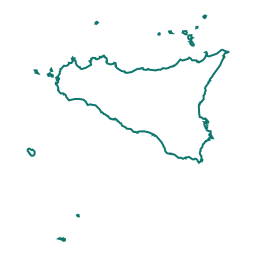 the district of Sicilia, Enna, Italy
{"feature_id": "23120603B91569774900330", "entity_name": "Sicilia", "entity_type": "district", "adm_level": 2, "iso_a3": "ITA", "parent_name": "Italy", "parent_adm1": "Enna", "projection": "albers", "projection_center": [13.963, 37.152], "detail": "fine", "context": "isolated", "style": "outline", "palette": "teal", "viewbox_px": 256, "rotation_deg": 0, "n_neighbors": 0, "source": "geoboundaries", "source_scale": "gbopen_adm2", "svg_char_len": 5639}
<svg xmlns="http://www.w3.org/2000/svg" viewBox="0 0 256 256"><path d="M208.3,121.8L205.5,118.5L205.0,118.6L204.9,119.2L204.4,119.0L204.5,119.4L204.3,118.8L203.1,118.8L201.6,117.4L199.8,117.1L199.2,114.0L198.8,106.0L199.4,105.1L199.1,104.5L199.5,104.5L199.5,105.4L199.6,105.6L199.6,104.6L199.5,104.3L200.5,102.9L200.2,102.4L201.9,101.6L202.2,100.7L203.7,99.3L203.5,95.5L204.8,94.0L204.8,92.5L205.8,90.3L205.0,88.4L205.5,87.0L208.8,82.5L208.4,82.1L208.6,81.6L210.3,80.5L209.8,79.8L210.3,78.7L212.4,76.5L212.6,75.6L220.2,65.2L222.2,60.4L224.4,57.0L223.7,56.7L223.9,57.1L223.5,57.3L224.2,54.3L224.8,53.4L228.4,52.1L228.3,51.8L226.1,51.5L222.4,49.8L221.3,50.1L216.6,53.8L209.1,56.4L206.6,55.7L207.0,55.8L206.7,55.2L207.2,53.8L206.4,52.1L206.0,52.0L205.6,52.3L206.2,52.4L206.5,54.0L205.0,57.8L203.0,60.1L198.9,62.4L196.9,61.8L196.6,60.9L197.1,60.9L196.1,60.3L192.1,60.3L190.8,58.6L189.2,57.6L187.8,59.0L182.4,60.5L180.3,59.5L176.9,63.7L174.6,65.6L173.8,66.1L173.5,65.7L171.7,66.8L170.1,66.8L168.5,68.0L165.6,68.6L163.1,68.1L160.3,69.8L158.4,69.6L155.8,70.4L149.4,69.7L148.2,68.9L147.1,69.8L143.8,69.7L142.1,68.4L142.3,68.1L141.5,68.1L139.8,68.9L137.6,68.8L131.5,72.1L126.7,72.9L124.8,72.4L124.6,72.0L125.0,72.0L124.5,71.6L125.4,71.8L124.7,71.5L121.7,71.1L117.2,68.3L115.6,66.3L116.0,65.8L115.6,65.3L115.9,64.9L115.4,64.0L115.6,63.2L114.0,62.8L113.6,63.7L110.6,64.4L107.4,63.5L106.3,62.0L106.6,61.6L106.6,61.8L106.8,61.8L107.0,62.3L107.2,62.5L107.0,62.2L106.9,61.8L106.6,61.4L107.1,61.8L106.6,61.1L107.1,60.5L106.5,58.4L106.1,57.8L104.5,57.2L104.6,56.4L103.9,55.6L102.0,56.5L101.6,57.3L99.9,56.9L100.0,57.7L99.6,58.2L97.2,59.3L95.7,59.1L95.5,58.1L92.6,57.8L91.1,59.0L91.5,59.8L90.7,60.6L90.8,61.1L89.7,61.3L90.6,62.5L91.1,64.8L85.4,68.0L81.6,69.0L80.4,68.6L79.8,67.1L79.3,67.3L78.4,66.7L76.8,65.2L75.7,63.1L75.8,61.4L74.6,60.1L74.6,58.3L73.0,58.6L72.6,57.6L71.8,58.7L72.9,61.0L71.4,63.1L68.8,62.8L68.9,64.0L68.0,65.1L65.9,66.0L63.9,65.7L61.2,68.8L59.7,69.2L61.3,69.5L60.4,69.6L60.5,70.7L59.8,71.3L59.8,73.5L57.8,76.5L59.2,78.9L58.0,80.7L58.2,82.0L57.8,82.7L56.7,83.2L56.9,82.8L56.8,82.7L55.8,83.7L56.4,85.0L56.3,84.3L57.4,85.7L58.3,87.9L58.0,89.3L58.5,90.0L58.2,90.3L59.7,92.3L60.7,93.4L63.3,93.4L64.0,93.9L63.9,94.3L64.0,94.4L64.1,94.5L64.3,94.7L64.0,94.2L64.4,93.6L64.2,94.3L64.6,94.2L65.7,95.1L66.6,97.4L68.9,100.3L74.9,99.0L78.8,98.9L83.5,99.7L85.9,101.8L87.6,105.0L90.7,104.3L91.0,104.5L90.6,104.6L95.6,105.3L100.1,109.9L101.1,112.3L102.3,112.3L103.8,114.0L105.3,114.4L107.4,116.1L108.1,116.1L109.3,118.0L110.6,118.9L111.5,118.7L112.3,119.4L114.0,119.0L114.8,120.1L114.7,119.3L115.0,119.3L114.9,119.8L115.2,119.2L115.4,119.6L116.4,119.4L117.5,120.6L117.5,121.1L117.6,121.3L118.5,121.4L119.9,123.0L121.1,123.4L122.1,125.7L125.5,127.3L126.8,128.7L130.8,129.0L133.6,131.9L136.5,132.2L136.7,132.7L137.1,133.1L136.7,132.4L137.3,132.6L137.2,132.2L137.4,132.2L137.3,133.1L137.5,132.1L139.0,131.5L144.1,131.3L149.0,132.4L152.9,134.2L152.8,134.6L153.3,134.3L154.5,134.9L154.9,135.3L154.0,136.6L154.9,135.3L156.4,136.3L161.2,141.8L163.3,145.3L163.3,146.1L164.5,147.6L165.4,151.4L167.1,153.2L170.2,153.9L170.1,153.7L169.9,153.6L170.6,153.5L174.6,154.7L178.6,157.9L181.0,157.7L183.0,158.8L184.8,157.9L185.3,157.9L185.6,158.4L186.0,158.5L185.4,158.0L185.7,158.2L185.8,157.5L189.1,157.0L192.5,159.3L194.3,159.3L195.1,158.7L196.2,159.0L197.4,159.9L197.8,161.5L198.7,161.7L199.1,162.7L201.0,161.1L201.0,160.6L202.0,161.1L202.5,159.8L201.5,158.7L201.3,155.8L200.7,155.5L199.9,153.6L199.9,151.9L200.7,150.9L200.4,149.7L200.7,148.8L202.1,147.5L203.0,144.2L204.0,143.6L204.8,142.1L206.0,141.4L205.9,140.9L208.8,140.1L208.4,139.7L209.2,139.3L208.9,139.0L209.2,138.9L209.1,138.2L210.8,137.3L211.6,138.1L212.8,138.2L211.3,135.5L210.2,136.1L209.5,135.7L209.2,134.7L209.6,134.0L210.3,134.0L210.3,134.4L210.6,134.8L210.7,134.3L210.7,133.8L210.2,133.8L210.8,132.9L210.5,131.1L208.6,131.1L208.5,130.9L209.1,130.5L208.5,130.9L207.3,130.6L206.5,129.7L206.4,128.7L206.9,128.0L207.7,128.5L207.1,127.6L206.4,128.2L205.6,128.0L205.3,126.9L205.9,126.7L206.1,126.5L205.3,126.7L204.4,125.1L204.3,123.8L205.0,123.1L204.3,122.3L205.1,122.4L205.9,121.6L206.3,122.3L206.1,123.2L206.6,123.7L206.5,122.2L206.9,121.9L208.1,122.5L208.3,121.8ZM29.2,148.6L28.2,149.0L27.6,150.1L27.7,151.1L29.0,152.4L29.3,153.5L30.0,153.6L30.6,155.0L31.8,155.8L33.1,155.7L34.3,154.7L34.7,152.9L34.5,151.4L32.4,149.6L31.7,150.0L29.2,148.6ZM191.4,35.1L188.8,35.5L188.0,37.7L188.8,39.1L190.0,39.4L190.4,40.6L191.1,40.8L191.5,39.9L191.1,38.4L192.5,37.8L191.5,37.3L191.4,35.1ZM186.3,31.1L183.1,31.2L182.6,32.6L185.4,34.3L186.6,34.3L186.4,33.2L186.8,32.5L186.3,31.1ZM191.4,41.3L191.2,42.2L190.4,42.2L190.7,42.4L190.2,43.3L190.9,44.5L192.3,45.6L193.7,45.5L193.9,45.1L193.3,43.6L192.6,42.8L191.4,42.5L191.9,41.8L191.4,41.3ZM49.8,73.2L47.8,74.4L48.5,75.9L51.3,75.6L52.1,76.7L52.8,76.6L52.9,75.3L51.7,74.5L50.6,75.0L49.8,73.2ZM59.3,238.2L58.5,238.7L61.3,239.4L63.0,240.5L63.2,240.0L63.3,240.6L64.8,240.6L64.9,240.1L64.2,239.9L64.8,239.0L64.6,238.8L59.3,238.2ZM205.0,15.4L203.3,16.5L203.6,17.5L204.6,18.1L205.3,17.7L206.1,16.0L205.0,15.4ZM36.7,70.4L34.8,70.4L35.7,71.9L35.5,72.7L38.2,73.5L36.8,71.5L36.7,70.4ZM169.7,31.1L169.0,31.6L169.8,33.0L171.8,33.1L171.1,32.6L171.0,31.4L169.7,31.1ZM96.9,21.8L95.8,22.4L95.4,23.7L96.5,23.9L97.9,22.6L96.9,21.8ZM57.6,76.7L56.2,77.6L57.1,80.9L57.4,78.9L57.1,77.6L57.6,76.7ZM51.2,68.8L50.6,69.6L50.6,70.5L51.2,71.1L52.1,71.0L51.2,68.8ZM78.5,214.9L77.7,214.8L77.0,215.3L77.6,216.2L78.8,216.3L78.5,214.9ZM159.5,33.2L158.4,33.7L158.5,34.7L159.5,34.7L159.8,33.6L159.5,33.2ZM197.5,26.9L196.5,26.9L196.3,28.1L197.4,27.7L197.5,26.9Z" fill="none" stroke="#0f766e" stroke-width="2"/></svg>